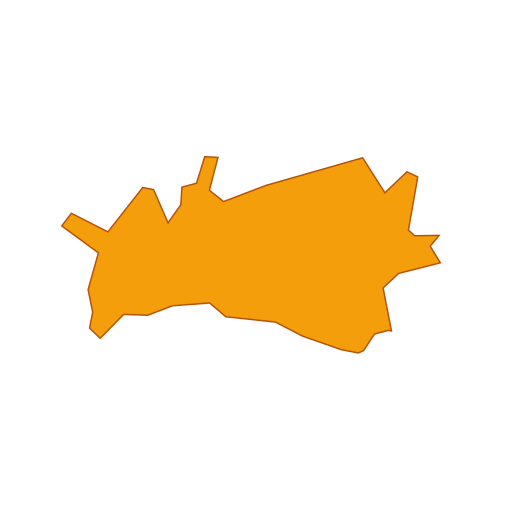 the district of Bulakbashi, Andijon, Uzbekistan, rotated 326°
{"feature_id": "79887680B25262696508510", "entity_name": "Bulakbashi", "entity_type": "district", "adm_level": 2, "iso_a3": "UZB", "parent_name": "Uzbekistan", "parent_adm1": "Andijon", "projection": "mercator", "projection_center": [72.458, 40.641], "detail": "fine", "context": "isolated", "style": "filled", "palette": "amber", "viewbox_px": 512, "rotation_deg": 326, "n_neighbors": 0, "source": "geoboundaries", "source_scale": "gbopen_adm2", "svg_char_len": 707}
<svg xmlns="http://www.w3.org/2000/svg" viewBox="0 0 512 512"><g transform="rotate(326 256 256)"><path d="M111.8,122.4L127.1,165.3L98.0,190.0L89.2,211.3L77.7,222.7L80.8,237.1L113.6,230.4L133.2,244.6L158.8,250.5L191.3,269.0L197.1,289.7L197.6,290.0L235.2,321.7L249.8,348.5L274.3,381.3L286.6,393.6L292.3,394.6L310.6,386.9L324.2,391.7L326.4,393.9L343.5,353.5L364.6,350.2L405.0,364.7L405.9,345.3L419.3,341.3L398.8,327.9L396.9,319.7L434.3,280.9L428.2,270.6L398.2,275.7L399.3,234.2L303.9,203.1L259.5,192.7L254.1,175.4L279.6,153.0L269.0,145.0L247.4,162.4L233.1,157.5L222.3,171.5L201.6,179.3L208.2,143.7L200.4,135.9L146.7,153.2L126.8,117.4L111.8,122.4Z" fill="#f59e0b" stroke="#b45309" stroke-width="1.5"/></g></svg>